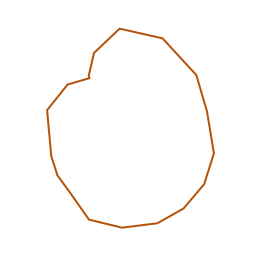 Kaoze, Katanga, Democratic Republic of the Congo, rotated 79°
{"feature_id": "63176286B47747519497786", "entity_name": "Kaoze", "entity_type": "district", "adm_level": 2, "iso_a3": "COD", "parent_name": "Democratic Republic of the Congo", "parent_adm1": "Katanga", "projection": "orthographic", "projection_center": [29.779, -7.047], "detail": "fine", "context": "isolated", "style": "outline", "palette": "amber", "viewbox_px": 256, "rotation_deg": 79, "n_neighbors": 0, "source": "geoboundaries", "source_scale": "gbopen_adm2", "svg_char_len": 379}
<svg xmlns="http://www.w3.org/2000/svg" viewBox="0 0 256 256"><g transform="rotate(79 128 128)"><path d="M224.7,152.9L227.1,117.3L217.6,88.8L197.6,63.9L169.3,48.5L126.8,47.3L89.1,50.8L46.6,77.0L28.9,117.3L47.8,147.0L69.0,156.5L71.7,156.4L73.8,179.0L95.0,204.0L141.0,208.7L161.0,206.3L181.1,196.9L210.5,183.8L224.7,152.9Z" fill="none" stroke="#b45309" stroke-width="2"/></g></svg>